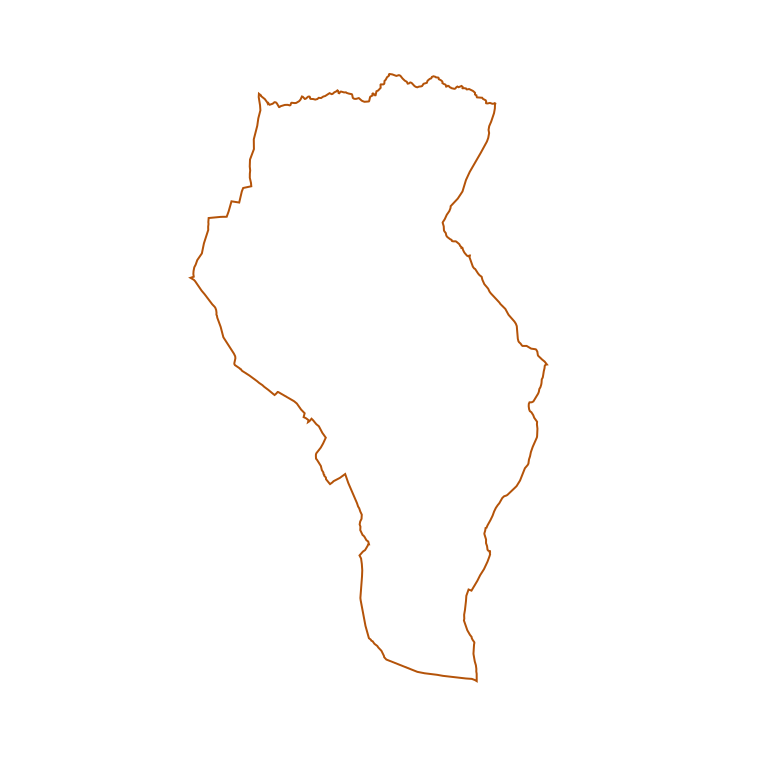 the district of Motavita, Boyacá, Colombia, rotated 168°
{"feature_id": "7082276B58425641654458", "entity_name": "Motavita", "entity_type": "district", "adm_level": 2, "iso_a3": "COL", "parent_name": "Colombia", "parent_adm1": "Boyacá", "projection": "natural_earth1", "projection_center": [-73.383, 5.614], "detail": "fine", "context": "isolated", "style": "outline", "palette": "amber", "viewbox_px": 768, "rotation_deg": 168, "n_neighbors": 0, "source": "geoboundaries", "source_scale": "gbopen_adm2", "svg_char_len": 6153}
<svg xmlns="http://www.w3.org/2000/svg" viewBox="0 0 768 768"><g transform="rotate(168 384 384)"><path d="M440.6,116.7L439.0,114.0L411.2,95.5L404.4,92.6L392.5,88.5L387.1,86.3L365.0,78.9L359.4,77.3L356.6,75.5L355.1,74.1L353.6,81.3L353.5,83.6L352.9,86.1L352.6,89.8L352.9,93.7L352.6,101.5L350.1,110.4L349.4,112.1L349.4,112.7L350.6,115.6L351.0,117.3L350.9,118.4L352.1,120.8L353.7,125.8L355.0,136.1L354.3,137.6L353.6,141.6L351.8,146.1L348.9,154.8L347.5,159.7L344.0,165.4L341.4,163.7L333.6,172.1L329.7,177.0L324.7,182.1L319.7,188.7L316.6,193.6L315.6,195.4L315.6,197.3L315.2,197.5L315.1,198.5L316.5,199.1L317.2,200.4L316.9,204.0L317.3,207.1L316.5,210.7L317.0,216.2L316.9,217.0L315.4,219.8L314.6,222.0L313.6,222.1L312.3,224.0L308.2,228.7L305.1,232.7L302.8,236.4L300.4,239.5L297.8,242.0L296.1,243.3L292.0,247.9L289.9,249.2L287.3,249.5L286.3,249.9L275.6,256.5L271.0,261.3L263.7,272.3L260.3,274.9L259.3,276.1L257.9,280.0L256.2,282.9L254.5,286.8L251.6,291.6L245.6,299.9L245.1,301.1L243.2,308.4L242.8,312.8L242.1,315.2L244.1,319.8L244.5,322.5L245.7,325.7L247.0,327.2L247.3,329.1L247.1,332.1L246.5,334.4L245.5,335.8L243.3,335.4L241.5,335.9L235.2,342.6L234.1,344.3L233.1,346.8L231.7,348.3L230.4,350.6L229.7,352.3L228.7,355.8L227.4,357.3L226.8,358.7L225.0,363.4L223.7,366.1L223.0,368.3L221.9,369.3L220.6,369.2L222.2,372.5L224.3,375.1L227.3,379.5L227.5,380.3L227.3,383.8L228.0,386.0L228.6,386.5L232.7,388.0L236.6,391.6L240.5,392.4L241.1,393.0L242.0,395.1L243.3,397.0L243.6,397.9L243.7,400.4L242.1,413.0L242.5,415.5L243.4,417.9L247.8,425.8L249.7,432.2L253.5,438.0L254.2,439.7L260.7,450.5L261.6,452.5L262.3,455.6L265.1,460.8L266.1,465.5L266.2,468.6L267.9,470.5L269.0,472.5L270.9,477.5L271.8,478.3L272.7,480.3L274.0,490.2L273.3,491.8L273.8,491.9L275.1,491.5L276.1,492.2L277.8,495.3L278.3,496.6L278.9,499.1L278.9,500.7L279.1,501.0L280.0,501.0L280.0,502.2L280.7,503.0L281.3,505.2L283.5,508.0L284.1,508.6L286.8,509.2L287.8,509.8L288.0,511.0L289.1,511.8L291.5,514.6L292.2,516.2L292.2,518.8L293.2,520.8L293.4,521.9L292.8,525.8L293.1,529.6L292.7,530.2L290.3,532.6L287.4,536.5L284.2,539.5L282.4,542.2L281.8,544.1L273.3,550.0L267.2,556.0L261.4,566.5L256.0,573.7L241.3,590.0L232.9,599.8L230.9,603.0L229.0,607.6L228.9,610.8L227.5,614.3L224.6,618.4L220.1,626.0L218.3,630.4L217.4,634.0L216.8,635.2L217.3,635.7L218.3,635.4L219.8,635.6L221.9,636.9L224.4,636.9L225.6,637.3L225.8,637.6L225.3,639.3L225.6,640.4L227.9,642.3L228.5,643.6L233.4,645.0L233.6,645.5L233.6,647.2L234.4,647.7L234.8,648.4L234.4,649.8L234.9,650.7L236.1,652.2L239.4,654.8L241.7,654.9L242.0,655.1L242.4,656.1L244.4,656.8L245.4,656.8L245.7,657.0L245.3,658.2L246.2,659.4L249.3,658.8L250.4,659.7L251.6,659.2L252.8,658.2L253.8,658.1L256.6,659.4L257.0,660.0L258.1,660.7L258.4,661.6L259.2,662.3L259.6,662.4L261.0,661.9L261.4,662.0L261.4,663.4L261.7,664.1L263.1,665.0L264.3,666.2L264.0,667.2L264.3,668.2L265.4,669.5L267.0,670.7L266.9,671.8L267.2,672.4L269.5,673.2L269.9,673.8L271.6,674.7L273.3,674.4L274.2,673.2L275.9,672.9L278.3,671.6L279.5,669.7L282.9,669.4L284.7,667.6L285.8,667.4L288.0,667.6L289.8,667.3L291.2,668.1L292.2,669.1L294.3,672.6L295.3,673.4L296.1,673.4L297.2,672.8L298.4,672.9L298.9,674.9L300.6,676.4L302.3,678.9L303.9,682.1L304.7,682.7L305.2,683.0L307.9,682.8L311.5,685.1L314.2,686.1L314.8,685.8L314.9,684.8L315.3,684.4L317.3,683.4L319.0,681.3L320.5,680.3L321.2,677.9L321.7,677.4L322.4,677.2L324.9,677.7L325.2,677.4L325.7,674.4L328.7,672.3L330.5,671.9L332.2,668.2L332.7,668.2L334.0,670.3L334.6,670.5L335.1,670.1L335.2,668.6L337.4,668.0L338.0,667.5L339.6,664.0L340.0,663.6L340.8,663.6L344.4,664.1L345.4,664.7L346.8,665.7L349.2,668.9L352.1,668.7L353.1,668.9L354.3,669.5L355.0,670.4L355.0,673.3L355.3,674.2L358.1,675.4L360.0,676.5L360.6,677.2L362.4,677.5L365.1,678.9L365.7,679.0L367.3,677.7L367.9,678.0L368.0,680.3L368.5,680.9L370.2,680.0L371.8,679.7L373.9,678.5L374.9,678.4L376.8,679.8L381.7,677.9L383.6,677.8L386.1,676.8L388.4,677.5L389.9,676.6L392.1,676.5L394.1,677.5L396.4,678.1L396.9,678.6L396.8,679.9L397.1,680.6L397.7,680.8L398.5,680.8L401.3,679.3L402.2,679.3L403.7,681.8L404.5,682.3L406.5,679.6L408.2,678.3L411.4,677.2L412.8,677.3L415.9,678.3L416.4,678.1L417.5,676.3L418.2,676.1L420.2,677.1L423.0,677.6L427.6,677.2L428.6,676.6L429.1,676.7L430.5,680.9L431.3,682.0L432.6,682.4L434.6,681.3L437.8,680.9L438.2,681.3L438.7,682.7L439.3,682.2L439.6,683.6L441.3,687.4L444.4,691.2L444.3,691.8L446.0,693.9L446.9,690.7L447.3,682.4L448.0,677.4L451.7,670.0L454.3,662.9L460.5,650.4L462.4,640.8L468.4,631.4L470.1,624.6L470.5,620.7L471.5,617.6L472.4,613.6L472.3,608.4L472.7,605.0L481.0,605.0L483.0,602.0L487.9,591.6L495.2,594.4L500.1,585.1L503.1,580.3L508.8,581.4L521.0,582.8L522.2,578.8L522.4,577.0L523.3,574.4L523.9,571.2L530.9,559.0L535.0,549.6L540.9,544.0L543.4,539.9L545.3,537.6L546.8,534.1L547.6,531.3L547.8,528.5L551.2,528.1L548.4,525.5L547.4,523.9L543.0,513.2L540.8,509.1L535.4,497.6L533.6,494.7L533.1,493.4L532.8,491.2L533.0,488.6L533.5,486.6L533.2,485.5L533.3,483.6L531.9,473.9L531.4,463.1L524.5,444.9L523.8,442.0L524.0,440.1L526.1,435.4L526.2,434.5L525.9,433.5L521.9,429.3L521.4,428.4L520.9,428.2L520.3,426.7L519.7,426.0L514.0,420.4L507.6,413.2L505.9,411.0L503.2,408.2L501.8,406.2L498.3,402.2L493.4,396.0L491.6,396.9L489.7,398.3L489.1,398.1L475.5,385.8L473.3,383.0L470.4,376.2L467.7,371.9L469.5,368.3L467.6,366.9L465.9,365.0L465.4,364.1L466.2,362.5L464.7,363.1L462.1,365.1L460.8,363.1L458.6,358.8L456.5,356.2L454.5,349.1L452.1,343.6L456.0,338.4L459.1,334.9L464.6,330.3L465.2,329.3L465.6,327.8L466.0,325.1L465.3,323.8L462.8,316.9L462.7,312.8L461.7,310.0L461.9,308.7L461.3,307.6L461.6,306.8L460.3,304.6L460.5,302.9L457.9,297.8L457.6,297.3L454.9,298.5L453.6,299.4L446.8,301.3L440.7,304.0L439.5,294.5L435.2,273.1L434.8,269.5L434.1,267.6L433.7,264.2L432.9,260.8L434.0,256.8L435.9,254.4L437.0,251.7L436.7,249.4L437.6,246.0L436.3,240.6L435.6,240.0L434.8,238.4L433.7,234.9L432.2,233.2L432.0,230.2L432.9,230.3L433.6,229.2L437.0,225.5L439.4,224.5L443.6,221.4L442.7,218.1L443.1,212.6L444.0,206.3L445.5,200.4L451.6,179.6L451.8,177.2L452.4,151.2L451.6,138.5L450.1,136.7L449.7,135.5L448.6,134.7L447.4,131.9L445.0,129.1L444.4,127.5L442.0,123.6L440.6,118.1L440.6,116.7Z" fill="none" stroke="#b45309" stroke-width="2"/></g></svg>